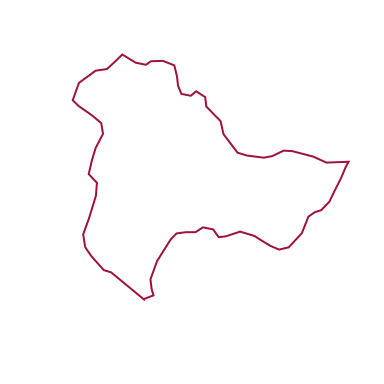 Gyeongsan-si, North Gyeongsang, South Korea, rotated 107°
{"feature_id": "91817680B37299464646583", "entity_name": "Gyeongsan-si", "entity_type": "district", "adm_level": 2, "iso_a3": "KOR", "parent_name": "South Korea", "parent_adm1": "North Gyeongsang", "projection": "robinson", "projection_center": [128.804, 35.841], "detail": "fine", "context": "isolated", "style": "outline", "palette": "rose", "viewbox_px": 384, "rotation_deg": 107, "n_neighbors": 0, "source": "geoboundaries", "source_scale": "gbopen_adm2", "svg_char_len": 1051}
<svg xmlns="http://www.w3.org/2000/svg" viewBox="0 0 384 384"><g transform="rotate(107 192 192)"><path d="M117.3,51.1L124.6,72.1L122.7,86.2L123.6,108.0L125.6,116.4L134.3,125.9L138.2,133.4L141.1,150.4L141.1,159.9L127.5,178.8L117.1,184.7L115.9,185.4L106.1,203.3L97.4,207.1L94.5,217.5L100.3,221.3L101.3,230.8L94.5,236.4L85.8,240.2L76.1,245.9L76.0,247.0L75.1,258.2L79.0,269.5L83.8,273.3L84.8,283.7L80.9,298.9L89.6,303.6L99.3,309.3L104.2,319.7L120.7,332.0L139.1,332.9L143.0,325.4L147.9,310.2L152.7,298.9L162.4,294.1L177.9,297.0L190.6,297.0L205.1,296.0L211.0,285.6L223.6,282.8L235.2,282.8L247.8,282.8L264.3,283.7L276.0,278.0L282.8,269.5L292.5,253.5L292.5,245.9L308.9,206.3L308.0,206.2L302.1,198.6L296.3,202.4L287.6,206.2L268.2,205.2L243.9,198.6L236.2,194.8L232.3,186.3L229.4,176.9L222.6,171.2L221.6,160.8L227.4,153.3L224.5,146.7L215.8,134.4L215.8,119.3L217.7,112.7L220.6,101.3L221.6,91.9L216.7,83.4L199.3,74.9L181.6,73.5L175.4,68.7L171.7,63.2L161.2,57.8L149.4,56.0L135.7,53.6L123.9,52.4L117.3,51.1Z" fill="none" stroke="#9f1239" stroke-width="2"/></g></svg>